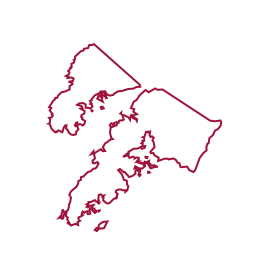 outline of Gao-Bugotu, Isabel, Solomon Islands, rotated 74°
{"feature_id": "97153195B92120906809587", "entity_name": "Gao-Bugotu", "entity_type": "district", "adm_level": 2, "iso_a3": "SLB", "parent_name": "Solomon Islands", "parent_adm1": "Isabel", "projection": "equal_earth", "projection_center": [159.757, -8.429], "detail": "fine", "context": "isolated", "style": "outline", "palette": "rose", "viewbox_px": 256, "rotation_deg": 74, "n_neighbors": 0, "source": "geoboundaries", "source_scale": "gbopen_adm2", "svg_char_len": 6024}
<svg xmlns="http://www.w3.org/2000/svg" viewBox="0 0 256 256"><g transform="rotate(74 128 128)"><path d="M96.3,100.6L99.8,107.9L103.5,112.1L104.3,115.2L109.6,119.7L111.7,116.8L113.8,118.4L117.2,115.6L117.3,119.7L118.5,119.8L122.3,116.8L123.7,117.6L122.0,117.9L120.0,120.3L118.1,120.8L118.6,122.8L120.7,123.8L117.9,124.6L114.5,128.4L114.4,129.9L118.7,129.7L119.1,130.6L118.5,134.5L120.4,135.6L119.4,137.2L122.1,137.9L122.6,142.5L119.4,139.5L119.7,142.0L118.9,142.9L120.4,144.8L121.7,144.1L127.6,146.6L132.9,146.8L134.4,145.7L134.3,147.9L136.6,154.4L139.6,157.5L143.8,156.4L143.5,158.4L140.9,160.0L142.8,166.6L143.9,167.8L148.2,168.2L149.7,171.1L152.1,171.4L152.7,170.1L152.4,166.7L153.9,166.1L156.6,168.4L157.9,170.5L157.6,172.5L159.2,175.7L159.3,178.9L162.3,184.2L162.3,186.8L164.9,187.6L165.4,190.4L167.8,191.3L170.3,193.8L173.2,200.3L176.1,202.9L179.2,202.0L184.0,204.4L184.9,205.7L187.8,206.7L190.3,208.4L190.9,209.7L195.4,212.0L197.6,210.6L199.1,211.6L205.9,209.9L205.7,204.9L207.5,202.7L204.7,202.5L204.0,199.8L203.1,200.7L200.4,200.4L199.5,195.4L198.0,196.3L195.8,194.6L197.6,193.3L196.8,192.0L196.8,190.2L199.7,190.4L200.0,188.0L198.7,187.5L196.8,188.3L196.0,187.1L194.6,187.0L195.0,185.8L192.6,182.4L192.2,186.3L192.9,188.5L192.0,188.3L192.0,189.1L190.5,187.5L189.9,188.6L189.1,186.2L188.3,186.2L188.9,184.2L188.2,179.7L190.1,178.8L190.5,177.5L189.5,176.0L188.9,176.4L184.3,174.5L184.3,172.4L186.1,171.4L186.3,169.7L187.5,171.6L188.3,170.7L190.5,171.9L194.2,169.6L195.1,167.9L194.9,166.0L192.4,161.7L191.9,159.2L192.4,158.9L191.7,157.6L190.3,157.7L188.7,156.1L186.2,157.5L184.8,156.4L184.5,154.4L185.3,151.2L186.4,150.5L187.1,147.6L188.7,148.1L187.6,145.8L184.0,143.7L182.1,144.5L178.3,143.7L176.9,146.1L170.6,146.8L165.7,149.1L165.2,147.0L169.4,144.3L169.5,143.2L175.5,140.4L175.3,136.9L173.9,133.4L171.6,132.9L170.9,131.4L168.5,131.8L168.6,132.8L166.8,131.6L169.5,128.9L171.0,125.8L169.4,122.2L168.3,122.8L167.4,121.5L167.4,122.5L166.2,122.7L165.7,123.5L166.4,124.2L165.3,124.8L165.5,125.7L163.5,128.3L163.1,126.4L162.5,127.8L162.7,128.3L162.7,128.9L160.7,126.0L159.4,126.0L158.7,128.0L159.1,129.8L158.5,129.4L156.9,131.0L157.2,134.8L154.3,135.2L154.4,140.7L152.3,135.5L152.6,134.2L151.1,134.2L149.5,128.3L150.4,124.5L149.8,121.0L151.8,120.4L151.7,117.5L150.2,116.4L149.2,119.2L147.0,118.1L146.4,119.2L145.4,117.6L144.3,117.7L144.6,115.8L141.6,115.2L140.9,116.1L140.8,114.5L136.6,111.7L137.6,107.7L140.9,109.3L142.9,108.7L142.6,107.2L144.5,105.9L146.5,107.9L148.6,107.3L153.6,107.7L157.2,113.2L158.6,112.8L159.0,110.5L161.4,110.2L165.0,106.7L168.0,108.1L167.6,101.2L168.6,98.1L169.4,97.6L169.8,92.8L172.0,90.7L175.0,89.9L176.0,88.3L179.7,88.3L180.4,87.5L181.4,81.8L185.4,80.7L188.4,77.2L186.8,74.8L176.5,67.3L173.0,62.7L171.1,58.6L167.7,57.8L165.1,56.0L164.8,54.7L160.2,52.5L158.2,48.3L154.5,45.1L153.8,41.8L151.4,38.4L148.2,36.8L146.3,37.1L145.4,42.9L143.5,47.1L100.5,84.2L99.4,89.2L97.5,90.9L99.3,98.3L96.3,100.6ZM89.6,104.8L38.0,137.6L38.3,139.8L37.5,142.3L40.2,144.4L39.7,148.5L41.3,149.6L41.2,152.2L44.8,159.3L47.3,160.1L47.6,161.4L49.1,161.1L50.3,162.1L50.7,164.7L54.1,165.4L56.7,169.8L58.3,168.9L60.2,170.1L60.9,173.3L62.4,171.3L63.3,172.2L63.9,168.2L65.5,166.6L67.7,168.1L67.1,172.4L69.2,169.3L70.5,169.1L71.7,172.7L74.8,173.5L75.6,178.5L75.3,182.0L77.6,186.3L79.5,187.8L79.1,189.7L80.3,190.4L81.3,192.5L86.3,198.1L87.6,196.3L89.6,198.4L93.7,196.7L94.1,197.6L95.5,197.0L96.7,198.6L96.5,201.1L98.4,200.4L101.9,202.1L102.0,203.0L102.5,202.2L107.6,201.7L112.0,199.2L111.2,195.4L114.0,192.3L109.8,189.6L108.2,187.7L108.5,186.3L111.2,187.7L113.9,186.3L115.9,186.3L118.7,184.4L119.8,182.0L119.6,179.7L117.3,178.8L115.5,176.0L111.8,176.4L112.0,177.5L110.9,178.4L108.6,176.5L108.7,175.2L110.4,175.5L111.2,174.8L110.9,173.0L113.2,170.7L112.0,168.8L110.0,167.5L109.2,167.4L106.9,169.7L105.4,169.0L104.4,170.0L102.9,169.2L102.0,166.0L99.6,165.0L96.3,168.3L96.2,166.2L94.2,166.6L91.7,170.5L90.9,168.1L91.7,164.1L93.8,162.2L97.0,163.1L97.5,160.8L98.9,158.9L97.6,156.2L96.0,156.3L94.6,157.6L94.3,156.3L91.6,157.2L91.2,155.1L90.3,155.0L87.4,150.8L86.5,145.4L85.3,144.3L85.6,142.9L86.5,142.5L88.5,145.0L88.4,143.9L92.4,140.7L90.9,140.0L86.9,141.7L86.1,140.9L86.5,139.8L89.1,139.4L91.2,137.6L92.0,135.8L92.1,132.9L91.0,131.4L90.0,127.3L90.7,124.1L90.6,117.0L91.6,111.8L90.9,108.8L91.7,104.8L89.6,104.8ZM218.5,186.3L216.7,183.4L217.8,178.8L212.2,173.5L211.4,177.8L212.4,181.3L213.4,182.9L215.6,183.8L215.5,186.0L216.9,188.0L218.5,186.3ZM173.6,110.1L171.0,113.1L170.5,116.3L168.7,116.4L168.3,117.6L165.4,116.8L166.0,119.6L165.0,121.2L166.2,121.5L167.1,118.9L173.0,117.4L172.9,112.5L173.6,110.1ZM95.7,145.0L93.0,145.3L91.8,144.3L90.7,145.4L90.0,144.2L88.6,145.1L89.2,148.0L90.0,147.8L91.3,149.5L95.7,145.0ZM196.9,216.3L193.3,213.1L192.2,211.0L190.9,211.7L191.1,214.9L193.1,215.8L194.7,217.1L195.4,218.0L196.9,216.3ZM200.6,183.2L200.0,181.6L199.0,181.2L198.2,182.4L196.2,182.5L195.5,185.0L196.2,185.6L200.6,183.2ZM102.4,148.3L102.4,145.9L100.4,146.7L100.4,148.5L102.4,148.3ZM177.4,130.2L176.5,128.8L174.5,129.9L175.8,130.9L177.4,130.2ZM173.1,128.4L171.6,128.0L170.8,129.7L172.0,130.1L173.1,128.4ZM143.0,170.6L142.8,167.9L140.8,167.6L143.0,170.6ZM162.2,118.1L161.4,117.3L160.5,119.1L161.2,119.4L162.2,118.1ZM192.6,177.0L191.8,176.0L191.3,177.5L192.2,177.4L192.6,177.0ZM176.8,119.4L175.9,119.9L175.6,120.8L176.7,121.0L176.8,119.4ZM200.2,179.0L199.6,178.0L199.4,177.9L199.3,179.2L200.2,179.0ZM117.6,122.1L117.0,121.1L116.4,121.0L116.6,121.8L117.6,122.1ZM102.1,157.7L101.6,157.3L100.9,158.0L101.5,158.4L102.1,157.7ZM195.4,219.2L195.4,218.3L193.9,217.0L195.4,219.2ZM203.6,211.7L204.2,210.5L201.9,212.5L203.6,211.7ZM112.9,130.4L111.9,130.7L111.5,130.5L112.0,131.4L112.9,130.4ZM197.0,217.3L197.1,215.4L196.8,215.2L197.0,217.3ZM138.1,109.0L138.4,108.3L137.9,108.0L138.1,109.0ZM190.0,213.1L189.0,213.2L189.1,213.9L189.4,213.8L190.0,213.1ZM93.3,140.8L93.3,140.2L92.7,140.5L93.3,140.8ZM54.4,166.9L54.1,166.3L53.9,166.6L54.4,166.9ZM112.4,198.5L112.3,197.7L112.1,197.7L112.4,198.5Z" fill="none" stroke="#9f1239" stroke-width="2"/></g></svg>